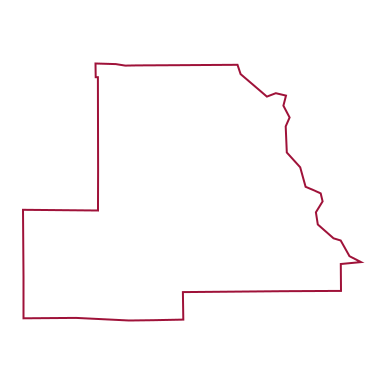 the district of Chilton, Alabama, United States of America
{"feature_id": "52423323B35365477332818", "entity_name": "Chilton", "entity_type": "district", "adm_level": 2, "iso_a3": "USA", "parent_name": "United States of America", "parent_adm1": "Alabama", "projection": "orthographic", "projection_center": [-86.654, 32.866], "detail": "fine", "context": "isolated", "style": "outline", "palette": "rose", "viewbox_px": 384, "rotation_deg": 0, "n_neighbors": 0, "source": "geoboundaries", "source_scale": "gbopen_adm2", "svg_char_len": 608}
<svg xmlns="http://www.w3.org/2000/svg" viewBox="0 0 384 384"><path d="M76.0,317.9L129.1,320.5L152.8,320.2L183.3,319.6L182.9,292.1L282.6,291.2L341.0,290.9L340.8,264.0L361.0,262.1L349.5,256.2L340.7,240.5L333.5,238.3L317.8,224.5L315.9,212.3L322.6,201.4L320.7,193.4L313.2,190.0L305.6,186.8L300.2,167.3L286.8,152.5L285.7,126.4L289.6,117.5L283.4,105.7L286.0,95.6L275.8,93.2L266.9,96.6L240.6,74.1L237.5,64.8L174.8,65.2L137.0,65.4L125.2,65.6L115.8,64.1L95.5,63.5L95.7,77.2L97.9,77.2L98.1,169.5L98.0,203.3L98.0,210.5L23.0,209.8L23.5,276.9L23.5,318.3L76.0,317.9Z" fill="none" stroke="#9f1239" stroke-width="2"/></svg>